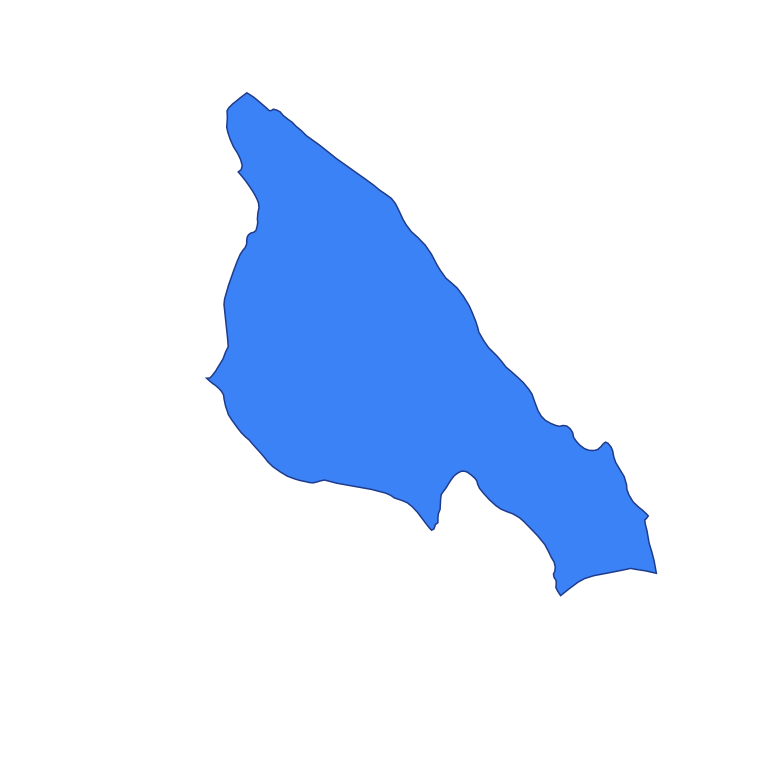 outline of Ogoulou, Ngounié, Gabon, rotated 143°
{"feature_id": "22940354B22341987955952", "entity_name": "Ogoulou", "entity_type": "district", "adm_level": 2, "iso_a3": "GAB", "parent_name": "Gabon", "parent_adm1": "Ngounié", "projection": "equal_earth", "projection_center": [11.519, -1.32], "detail": "fine", "context": "isolated", "style": "filled", "palette": "blue", "viewbox_px": 768, "rotation_deg": 143, "n_neighbors": 0, "source": "geoboundaries", "source_scale": "gbopen_adm2", "svg_char_len": 3222}
<svg xmlns="http://www.w3.org/2000/svg" viewBox="0 0 768 768"><g transform="rotate(143 384 384)"><path d="M372.8,641.1L372.5,636.1L372.3,629.4L372.5,623.2L372.8,617.7L373.3,613.0L374.1,608.3L375.3,604.1L377.7,600.1L381.9,596.4L385.9,591.9L387.7,588.9L390.3,586.4L393.8,583.7L396.8,583.6L399.4,584.7L402.5,584.7L404.9,583.6L407.1,581.4L409.6,578.3L412.9,576.5L416.3,575.7L420.8,574.1L427.0,570.6L435.7,565.1L448.8,556.4L460.2,547.8L464.0,543.7L480.9,515.5L486.0,507.5L491.1,505.0L497.5,500.9L505.4,497.8L510.8,495.6L516.7,494.0L519.7,493.6L522.2,495.4L521.6,492.1L520.6,487.7L519.5,484.4L518.5,479.7L518.2,476.0L518.7,471.9L521.0,467.8L522.3,465.0L524.0,461.3L525.1,457.8L526.7,453.2L527.2,447.2L527.4,437.3L527.3,431.1L526.5,425.2L525.4,420.5L525.1,415.2L524.2,404.8L523.7,398.0L523.6,391.9L522.6,385.1L519.7,376.1L516.6,368.4L512.6,362.2L509.3,357.7L505.7,353.6L502.8,350.1L500.0,347.6L496.4,346.1L492.8,344.8L489.3,343.1L481.6,333.4L471.9,322.9L457.3,307.2L448.3,295.8L445.8,291.3L444.2,286.6L439.9,280.4L436.9,275.2L435.3,269.0L434.5,261.5L434.5,253.3L434.5,246.9L434.4,241.8L434.0,238.6L431.4,238.2L429.7,239.2L427.7,240.8L424.4,240.8L421.1,245.1L418.5,247.8L414.7,250.1L408.0,258.0L404.9,261.2L401.8,262.3L396.8,263.7L392.0,265.7L387.4,267.3L383.0,268.5L378.9,268.5L374.8,267.8L372.3,266.0L370.5,263.5L368.9,258.0L368.1,253.5L368.2,250.8L369.5,247.6L370.5,243.1L370.3,237.1L369.5,228.2L367.9,219.7L365.9,213.7L362.8,208.3L359.3,202.9L356.3,195.9L355.0,189.7L352.7,170.7L352.2,159.1L353.5,150.9L354.8,144.6L355.3,139.4L357.4,134.7L360.3,131.7L363.1,130.2L364.6,127.2L364.8,123.5L367.1,120.3L369.2,118.1L370.0,114.0L370.3,108.7L360.6,109.0L348.3,109.0L340.9,107.9L331.9,104.7L318.5,98.1L307.0,92.5L298.0,88.3L295.0,85.0L287.6,77.4L280.4,68.9L274.7,80.2L271.1,88.9L268.0,97.4L262.1,108.9L259.8,114.6L257.5,118.6L255.5,118.6L252.3,119.6L252.5,121.8L253.4,127.3L254.7,132.2L256.0,139.9L255.2,147.7L253.5,153.6L250.9,157.6L247.9,165.6L247.3,171.5L246.2,181.9L244.3,187.6L241.5,193.2L240.6,196.9L240.8,201.9L242.1,204.3L244.9,204.3L248.4,203.4L252.6,203.1L255.6,204.1L257.6,205.5L260.3,207.8L262.8,211.8L264.4,217.2L264.9,222.4L264.7,227.2L262.6,231.6L262.2,236.1L263.3,240.4L265.9,243.1L269.3,244.6L271.6,247.3L274.5,252.1L277.0,257.8L277.8,263.5L277.1,269.7L275.1,276.7L273.1,283.1L271.9,286.9L271.5,292.6L271.9,301.3L273.1,308.3L275.1,318.5L276.4,324.0L276.5,331.9L277.0,338.8L278.6,350.1L278.3,358.3L277.1,368.2L275.1,372.9L272.8,379.6L270.6,387.8L268.9,395.1L267.8,406.2L267.8,416.4L269.3,424.2L270.9,431.4L270.6,441.1L270.1,446.0L270.1,446.5L268.0,459.2L267.5,470.2L268.9,481.1L270.5,489.3L270.5,497.8L269.8,503.8L268.4,510.3L267.2,516.0L266.3,521.5L266.4,527.6L268.0,533.1L270.9,541.8L272.5,548.6L275.4,558.3L286.3,592.5L291.7,613.5L296.5,628.9L297.5,635.9L299.2,643.0L299.8,648.2L301.3,652.9L302.9,659.1L303.2,663.9L304.8,667.3L307.0,670.1L309.3,670.1L311.2,671.5L311.7,674.8L312.8,680.0L314.1,685.9L315.4,691.3L316.8,695.2L318.3,699.1L327.0,699.1L332.5,698.8L336.1,698.8L341.8,698.0L344.9,696.7L347.2,693.3L349.3,690.4L352.4,686.8L355.0,683.9L357.3,678.9L359.6,671.9L361.4,664.3L362.1,656.2L363.5,649.4L365.8,643.7L369.1,641.1L372.8,641.1L372.8,641.1Z" fill="#3b82f6" stroke="#1e3a8a" stroke-width="1.5"/></g></svg>